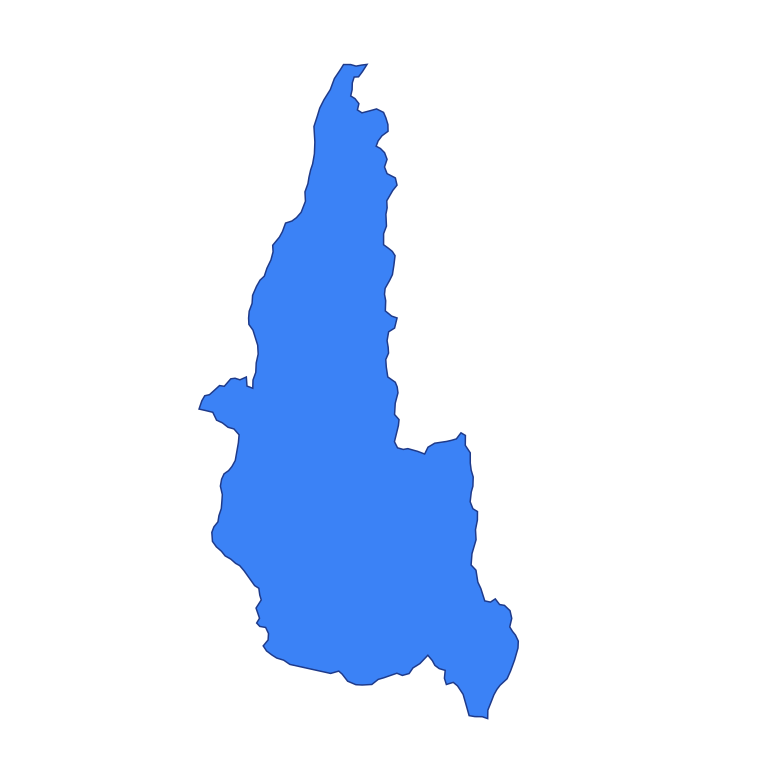 the district of Amorinópolis, Goiás, Brazil, rotated 190°
{"feature_id": "56859067B52837395632333", "entity_name": "Amorinópolis", "entity_type": "district", "adm_level": 2, "iso_a3": "BRA", "parent_name": "Brazil", "parent_adm1": "Goiás", "projection": "equal_earth", "projection_center": [-51.105, -16.664], "detail": "fine", "context": "isolated", "style": "filled", "palette": "blue", "viewbox_px": 768, "rotation_deg": 190, "n_neighbors": 0, "source": "geoboundaries", "source_scale": "gbopen_adm2", "svg_char_len": 3111}
<svg xmlns="http://www.w3.org/2000/svg" viewBox="0 0 768 768"><g transform="rotate(190 384 384)"><path d="M561.8,327.2L555.3,326.9L547.7,326.4L542.6,319.3L536.5,317.7L530.1,314.3L524.0,313.7L517.9,308.8L517.2,300.8L517.2,289.3L517.2,282.8L519.4,276.4L522.0,271.7L525.9,267.8L527.4,262.0L527.4,255.0L524.0,247.0L523.3,240.5L522.6,233.1L523.7,225.7L523.6,219.4L526.7,213.8L527.8,208.0L525.6,199.2L520.8,194.5L515.1,191.1L510.6,187.1L504.6,185.0L499.0,181.6L494.6,180.1L489.4,175.8L483.8,170.3L476.4,163.0L471.8,161.1L469.7,154.6L467.4,150.0L471.1,141.1L465.9,131.7L467.9,126.5L464.2,123.7L458.3,123.7L454.4,118.2L453.7,111.8L457.5,105.1L453.3,100.7L447.4,97.7L442.1,95.5L434.8,94.6L428.0,91.5L386.3,89.7L378.7,93.4L374.8,91.0L368.2,85.0L359.5,83.0L353.1,83.8L343.8,86.0L338.4,92.1L333.3,94.6L321.1,101.4L315.3,100.2L309.0,103.2L306.2,109.4L300.1,114.9L293.7,124.5L288.4,120.0L285.0,115.7L280.2,113.3L274.0,112.6L273.4,104.7L270.4,98.9L264.0,102.2L259.2,99.5L252.2,92.1L245.8,78.9L242.6,72.2L236.9,72.2L229.5,73.4L223.8,72.5L225.1,80.8L223.2,89.9L221.8,97.0L219.8,102.8L217.4,107.5L211.6,115.1L209.5,123.5L207.5,134.8L206.2,147.2L207.1,154.1L210.9,159.5L214.5,162.7L218.0,166.6L217.5,175.4L220.5,182.6L226.9,186.9L231.9,186.9L237.1,191.7L241.3,187.7L247.1,187.9L253.1,199.4L257.2,205.2L261.1,216.6L266.8,220.9L267.9,232.2L266.3,246.6L268.6,256.4L268.4,266.3L269.8,274.6L274.8,276.6L278.7,283.0L279.3,292.8L278.7,298.8L280.0,307.9L283.2,314.3L285.3,321.1L287.1,331.2L293.3,337.7L294.9,347.5L299.7,349.3L303.2,342.5L308.1,340.1L312.4,338.3L323.8,334.5L329.7,329.4L331.8,322.1L339.1,323.5L349.3,324.5L353.7,322.9L359.6,323.5L363.7,329.0L363.2,336.4L362.6,345.6L363.0,351.5L368.3,355.8L369.6,367.0L368.7,377.7L370.5,383.4L373.2,387.7L381.5,391.6L384.7,401.1L386.5,408.4L384.9,415.2L386.3,421.0L388.5,427.2L388.5,436.2L383.3,440.9L382.6,451.3L388.3,452.2L395.4,456.2L396.8,466.3L399.1,472.5L399.5,478.4L396.5,486.9L394.7,493.1L394.9,502.9L395.4,512.3L398.8,516.0L403.1,518.4L408.6,521.1L410.5,532.0L409.0,539.9L411.6,551.5L411.5,558.0L413.1,564.9L409.0,576.1L405.7,582.1L408.6,588.9L417.5,591.7L421.2,597.8L420.0,605.8L423.6,611.9L428.4,615.3L433.0,616.8L432.0,622.4L429.1,628.1L423.9,633.6L425.2,640.2L428.4,646.5L431.6,651.4L439.1,653.6L445.8,650.4L452.8,647.2L457.8,649.3L457.4,655.7L462.1,660.0L466.8,661.9L466.5,668.2L467.5,675.0L466.7,681.1L462.4,682.1L459.4,688.1L456.2,695.8L461.4,694.2L466.7,692.2L472.3,692.8L479.3,691.6L481.8,685.4L485.9,676.2L488.0,664.6L492.5,653.5L495.2,644.5L496.1,636.9L497.7,625.4L494.1,610.3L492.5,598.5L492.5,588.3L493.4,582.3L493.8,574.5L493.7,568.1L495.2,559.5L493.1,550.3L495.4,538.7L499.1,532.6L503.0,528.5L508.9,525.4L510.5,516.4L512.5,510.5L517.7,501.3L516.2,494.9L516.9,486.5L519.4,477.7L520.6,469.4L524.1,464.8L526.5,458.1L528.8,448.5L527.9,440.5L529.4,432.3L528.8,425.4L527.4,419.2L522.4,414.3L515.1,400.2L513.1,391.6L513.5,382.6L512.3,373.2L513.7,365.2L512.5,357.0L518.6,358.2L520.8,367.0L526.6,363.1L531.7,363.8L535.8,362.5L540.9,354.0L545.7,353.9L549.7,348.7L554.0,343.2L558.5,341.3L560.5,335.8L561.8,327.2Z" fill="#3b82f6" stroke="#1e3a8a" stroke-width="1.5"/></g></svg>